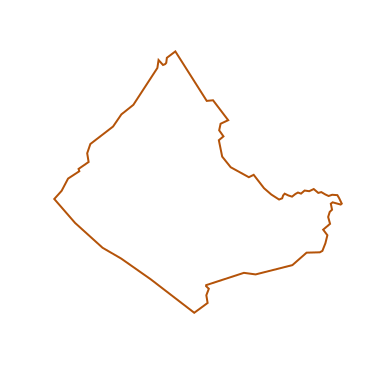 outline of Tarariras, Colonia, Uruguay, rotated 143°
{"feature_id": "84410073B21543220364464", "entity_name": "Tarariras", "entity_type": "district", "adm_level": 2, "iso_a3": "URY", "parent_name": "Uruguay", "parent_adm1": "Colonia", "projection": "robinson", "projection_center": [-57.64, -34.265], "detail": "fine", "context": "isolated", "style": "outline", "palette": "amber", "viewbox_px": 384, "rotation_deg": 143, "n_neighbors": 0, "source": "geoboundaries", "source_scale": "gbopen_adm2", "svg_char_len": 1077}
<svg xmlns="http://www.w3.org/2000/svg" viewBox="0 0 384 384"><g transform="rotate(143 192 192)"><path d="M77.8,102.0L81.7,105.4L85.3,106.6L87.0,109.8L88.8,114.1L91.7,115.3L93.0,121.1L97.9,122.1L101.2,125.4L105.9,125.1L107.7,127.8L110.6,128.2L114.9,128.1L117.1,131.2L119.0,134.9L121.3,134.4L123.8,132.7L127.0,133.6L130.2,142.3L132.2,151.7L132.4,168.6L137.7,169.6L146.2,188.5L146.6,202.1L139.4,217.2L133.4,217.5L133.2,224.9L128.1,229.3L119.9,227.6L120.0,252.6L125.4,255.9L120.7,314.3L131.3,314.3L134.8,310.7L136.5,310.3L138.7,310.9L139.3,317.5L145.0,311.9L186.4,296.9L201.7,296.5L215.6,291.8L244.3,291.5L252.4,286.0L256.5,278.2L268.7,278.7L269.5,276.4L282.9,277.3L295.4,271.4L306.2,269.3L304.0,237.7L297.0,201.3L288.6,181.4L287.5,178.0L277.5,147.1L262.9,94.2L246.3,94.0L242.7,100.9L236.8,104.6L237.4,108.4L236.7,109.1L199.2,96.2L190.8,87.9L155.8,73.2L137.0,74.6L126.2,66.9L123.3,66.5L116.3,70.8L109.9,76.0L109.9,83.0L100.9,83.5L98.3,90.1L94.0,93.2L90.8,93.6L88.2,99.1L85.9,99.1L80.8,92.5L79.4,92.6L78.2,98.5L77.8,102.0Z" fill="none" stroke="#b45309" stroke-width="2"/></g></svg>